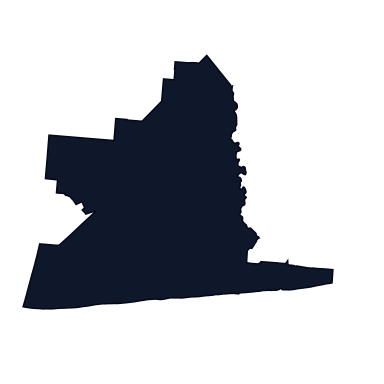 Charles Sturt, South Australia, Australia, rotated 278°
{"feature_id": "25037944B64238988080325", "entity_name": "Charles Sturt", "entity_type": "district", "adm_level": 2, "iso_a3": "AUS", "parent_name": "Australia", "parent_adm1": "South Australia", "projection": "mercator", "projection_center": [138.527, -34.901], "detail": "fine", "context": "isolated", "style": "filled", "palette": "ink", "viewbox_px": 384, "rotation_deg": 278, "n_neighbors": 0, "source": "geoboundaries", "source_scale": "gbopen_adm2", "svg_char_len": 5966}
<svg xmlns="http://www.w3.org/2000/svg" viewBox="0 0 384 384"><g transform="rotate(278 192 192)"><path d="M329.3,187.6L320.3,180.9L320.5,179.3L320.5,178.0L320.2,174.8L320.0,173.4L319.6,171.7L319.3,169.3L318.6,157.2L311.1,157.6L311.1,158.1L300.6,158.7L300.0,148.1L278.2,149.3L278.0,149.6L255.1,132.7L254.2,117.6L254.7,117.6L254.1,106.3L232.1,107.6L228.4,42.5L206.8,43.8L184.9,45.0L185.3,57.2L172.3,57.9L172.3,59.6L172.5,61.6L172.6,62.4L172.8,66.1L172.4,65.8L171.1,67.5L171.8,68.0L171.1,68.9L171.4,69.2L170.7,70.2L171.3,70.6L166.9,76.0L163.5,78.9L167.1,84.4L161.4,87.9L158.9,85.8L156.0,89.4L155.3,89.8L160.3,99.9L158.2,98.3L144.3,87.0L141.8,85.0L131.9,77.1L128.2,74.0L124.7,71.1L121.3,68.2L121.0,67.7L120.6,66.8L120.3,64.5L119.8,55.1L119.4,48.4L108.9,47.5L97.1,46.2L87.5,44.9L61.5,41.7L54.9,40.7L54.8,41.8L54.7,48.6L54.8,49.5L54.8,50.5L54.9,51.4L54.8,52.1L55.0,52.7L55.2,55.8L55.4,58.0L55.5,61.0L55.9,62.7L56.2,65.1L56.4,66.6L56.8,69.5L57.4,72.4L57.9,74.2L58.4,77.0L58.8,78.4L59.3,81.9L60.2,86.5L61.0,91.1L61.8,94.5L63.7,101.0L64.6,104.5L65.6,107.5L66.6,110.6L67.1,112.1L67.7,114.5L68.9,119.1L69.3,122.2L69.6,123.6L69.9,124.9L70.1,126.6L70.8,130.5L71.2,133.7L73.1,141.9L73.6,143.7L74.0,145.3L75.2,149.8L77.1,155.8L78.1,159.2L78.9,161.8L79.5,163.7L79.8,165.4L81.0,171.0L81.0,173.3L81.2,176.2L82.0,179.0L84.1,185.0L84.6,188.3L84.9,191.1L85.3,192.5L85.4,194.9L85.9,197.8L87.0,201.8L87.2,202.9L87.4,203.4L88.0,205.7L89.0,211.3L89.6,214.2L90.9,218.7L91.2,220.2L91.6,221.5L91.7,222.5L92.0,223.6L92.3,224.8L92.5,225.8L92.9,227.4L93.5,229.0L93.8,230.1L93.9,230.8L93.9,231.7L94.0,232.2L94.4,233.3L94.8,235.2L95.4,236.9L95.6,238.6L96.1,240.4L96.5,242.6L96.8,243.7L97.4,247.4L97.6,252.4L97.6,252.5L97.8,252.6L98.4,252.6L98.6,252.9L99.1,255.2L99.5,256.4L99.6,257.2L99.8,258.6L100.7,262.1L101.2,264.6L102.6,269.8L103.2,272.8L104.3,275.9L104.5,277.2L105.0,279.3L105.5,282.7L105.6,284.2L106.1,285.7L106.2,287.5L106.7,289.9L107.7,291.9L108.6,293.0L108.8,293.5L108.9,294.5L108.2,294.6L107.9,294.9L107.9,296.3L108.1,297.8L108.4,298.8L108.4,300.1L108.6,301.6L108.9,303.1L109.7,306.4L111.1,310.5L111.8,313.3L112.3,315.0L112.5,315.9L113.1,317.7L113.2,318.6L113.8,320.3L114.1,321.6L114.6,323.1L115.1,324.4L116.4,327.9L118.1,333.1L118.4,333.6L118.6,334.5L119.1,335.7L119.8,337.7L120.7,341.1L121.5,343.3L134.7,342.3L134.3,334.9L133.5,325.0L133.6,324.9L133.5,322.3L133.3,322.3L133.0,317.3L133.3,305.7L132.7,305.5L133.3,302.9L133.3,300.0L132.8,300.1L133.3,297.8L133.6,297.0L137.2,296.3L136.5,296.0L134.0,294.4L133.6,285.4L132.6,270.0L131.3,269.4L130.6,268.4L130.0,267.6L129.8,265.1L129.6,262.2L129.4,257.2L129.6,257.2L129.5,255.9L141.4,254.9L143.9,256.4L144.2,256.8L144.6,257.7L144.5,258.5L144.4,258.7L144.8,259.3L145.5,259.6L147.2,260.4L148.5,260.9L150.5,261.8L151.1,262.2L151.5,262.4L152.4,262.4L153.2,262.7L154.6,263.5L155.2,264.0L155.6,264.4L155.8,264.9L156.6,264.2L156.8,264.0L157.2,262.8L157.7,261.9L157.8,261.8L159.2,261.4L160.0,260.9L160.6,260.4L160.9,259.8L161.7,258.5L162.1,258.2L162.6,257.4L162.8,257.2L163.5,256.1L164.2,255.3L164.4,254.9L163.9,253.0L163.9,252.5L164.0,252.1L164.2,251.8L164.5,251.5L165.1,251.2L166.3,250.8L167.0,250.2L168.4,247.9L169.3,247.0L170.1,246.3L170.5,246.1L171.0,245.9L173.2,245.8L174.2,245.4L174.5,245.1L175.0,244.3L175.4,243.3L175.6,242.9L176.2,242.6L176.5,242.5L177.1,242.5L178.6,243.2L179.2,243.3L179.8,243.1L181.1,242.5L181.9,242.4L182.4,242.5L185.1,243.5L185.4,243.7L185.6,244.0L185.9,244.8L186.2,245.4L186.9,245.8L187.3,245.9L188.5,245.9L190.6,245.2L191.6,245.1L192.4,245.3L193.9,246.4L194.2,246.5L194.4,246.4L194.6,246.1L195.0,245.0L195.5,244.3L195.7,244.2L196.5,244.1L197.0,244.2L198.3,245.1L198.6,245.2L199.1,245.4L199.8,245.4L200.6,245.1L201.4,244.6L202.3,244.3L202.8,244.0L203.8,243.2L204.1,242.7L204.1,242.4L204.0,242.2L203.7,241.8L203.5,241.7L202.8,241.7L202.5,241.6L201.6,240.7L201.4,240.5L201.4,240.2L201.5,239.9L202.0,239.2L202.6,238.7L202.9,238.5L203.5,238.5L204.0,238.6L204.8,239.0L205.2,239.1L207.5,238.5L208.5,238.5L208.9,238.5L209.5,239.2L209.7,239.3L210.2,239.3L212.1,238.4L212.7,237.8L213.1,237.2L213.2,236.3L213.1,235.8L213.2,235.5L213.3,235.3L213.5,235.2L214.1,235.0L214.7,235.2L215.0,235.3L216.2,235.8L216.7,236.2L217.0,236.5L217.8,237.5L217.9,238.0L217.9,238.5L217.6,239.3L217.2,240.0L216.8,241.0L216.6,241.8L216.6,242.2L216.9,242.5L217.9,242.8L218.6,242.8L220.1,242.3L221.0,241.8L222.9,241.4L223.6,241.1L223.9,240.8L224.1,240.3L224.3,239.9L224.2,239.3L223.9,238.4L223.0,237.7L222.9,237.4L223.0,236.9L223.6,236.1L223.8,235.0L224.0,234.5L224.4,233.9L225.3,233.6L226.6,233.5L227.4,233.5L227.8,233.6L228.5,233.9L229.3,234.1L229.8,234.4L230.6,234.4L230.9,234.3L231.0,234.0L231.0,233.3L230.7,232.8L230.4,232.5L230.2,232.0L230.2,231.6L230.3,231.4L230.9,231.0L231.1,230.9L231.7,231.0L232.9,230.7L233.0,230.6L233.3,230.4L235.9,230.4L237.7,230.5L238.0,230.7L238.2,230.9L238.2,231.1L238.4,231.3L238.8,232.2L239.1,232.6L239.4,233.2L239.8,233.9L240.1,234.0L240.4,234.2L241.4,234.2L241.6,234.1L242.3,233.2L242.8,232.4L243.3,231.8L243.9,231.3L244.9,231.3L245.7,231.8L246.3,231.8L246.8,231.6L247.2,231.3L247.3,231.2L247.3,230.7L247.3,230.0L246.5,228.5L246.2,228.1L246.0,227.8L246.0,227.5L246.2,227.1L247.1,226.0L247.3,225.6L247.6,225.3L248.3,224.8L249.2,224.0L249.6,223.4L249.7,222.9L250.1,222.7L250.5,222.7L251.4,222.9L252.2,223.0L252.9,223.1L254.4,222.9L254.8,222.9L256.0,223.5L256.3,223.5L257.0,223.9L257.5,224.4L258.8,226.1L259.2,226.5L259.9,226.5L261.2,226.1L262.2,226.0L262.8,226.1L264.8,226.8L265.3,226.8L267.4,226.4L269.4,226.2L270.1,226.0L271.6,225.8L274.0,225.2L274.8,224.8L275.8,224.2L276.5,223.6L277.5,222.6L278.2,222.3L278.3,222.3L278.6,222.5L279.6,223.8L280.2,224.3L280.9,224.7L282.4,225.0L282.8,225.0L284.7,224.5L285.5,224.0L285.8,223.7L286.8,222.4L287.5,220.7L287.9,220.3L290.7,219.7L292.0,219.3L292.8,219.3L294.3,219.4L295.3,219.4L295.5,219.3L296.3,218.8L297.6,217.6L298.5,217.3L301.5,217.2L302.6,217.3L302.4,216.8L302.2,216.3L301.8,215.8L303.2,215.4L329.3,187.6Z" fill="#0f172a" stroke="#020617" stroke-width="1.5"/></g></svg>